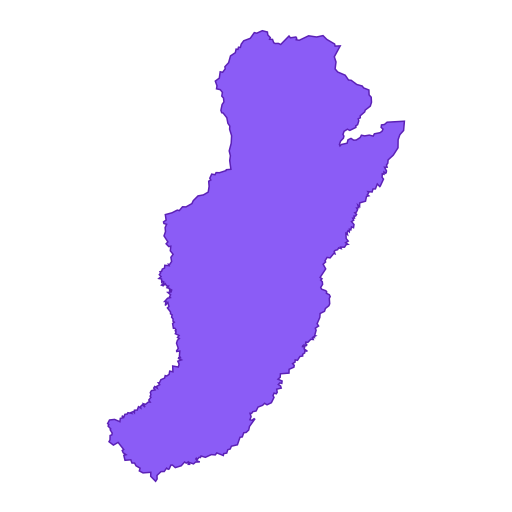 Poconé, Mato Grosso, Brazil (Albers equal-area conic projection)
{"feature_id": "56859067B2573756993823", "entity_name": "Poconé", "entity_type": "district", "adm_level": 2, "iso_a3": "BRA", "parent_name": "Brazil", "parent_adm1": "Mato Grosso", "projection": "albers", "projection_center": [-56.955, -16.831], "detail": "fine", "context": "isolated", "style": "filled", "palette": "violet", "viewbox_px": 512, "rotation_deg": 0, "n_neighbors": 0, "source": "geoboundaries", "source_scale": "gbopen_adm2", "svg_char_len": 6072}
<svg xmlns="http://www.w3.org/2000/svg" viewBox="0 0 512 512"><path d="M302.7,356.0L302.6,354.3L304.7,352.9L304.8,350.9L307.4,351.2L304.1,348.9L304.7,346.8L302.5,346.6L302.8,345.7L303.9,345.0L306.1,345.7L306.8,344.9L305.6,343.4L305.9,342.1L307.8,342.4L310.8,339.3L313.2,339.5L312.5,337.8L314.2,337.6L313.5,336.8L315.6,335.8L314.7,335.5L316.1,330.2L315.3,328.2L318.6,326.0L317.1,323.7L319.8,317.5L320.1,313.5L324.5,311.3L325.4,308.5L328.9,305.7L329.7,303.7L329.3,298.3L330.2,296.6L329.3,294.7L326.4,293.3L326.7,291.8L325.8,290.7L321.6,289.2L320.7,287.4L322.6,284.4L322.3,281.7L320.7,280.1L322.0,278.8L320.1,277.4L325.7,268.9L323.1,264.2L325.6,262.0L325.0,260.8L327.1,257.4L330.1,257.9L333.8,253.4L335.0,253.8L334.2,251.3L335.2,250.4L337.6,249.7L338.6,247.9L341.2,248.6L340.6,247.1L344.5,247.2L346.3,244.5L347.9,244.3L345.6,242.7L348.2,241.1L346.2,238.6L345.9,233.4L347.5,234.6L347.0,232.5L348.0,230.8L349.3,231.9L349.4,229.2L350.8,229.9L351.5,226.9L353.5,227.7L354.0,224.5L351.5,221.6L353.7,220.2L352.7,218.2L354.5,218.1L354.0,216.1L355.6,216.0L356.6,214.4L354.8,212.7L356.4,212.1L357.6,209.6L356.6,208.0L358.6,207.8L357.8,205.0L359.6,206.5L359.7,202.9L365.5,201.2L366.5,196.4L368.8,195.8L367.4,194.7L368.7,192.8L367.9,191.6L372.1,192.0L373.0,189.0L375.4,188.9L377.3,184.0L379.8,186.6L380.3,186.0L383.5,179.1L382.1,177.3L382.3,173.8L384.0,174.3L384.0,172.0L385.7,173.3L386.2,172.6L386.5,170.9L384.5,167.2L387.1,167.2L386.5,165.0L387.8,163.2L388.1,159.9L393.3,155.1L398.0,147.8L398.1,139.7L399.9,134.6L403.6,130.5L404.4,121.2L387.1,122.2L384.4,124.5L381.5,124.9L381.1,127.4L383.0,129.1L382.1,131.2L380.0,132.7L374.4,133.8L373.2,136.1L369.3,135.1L364.7,135.9L361.4,135.2L360.2,137.5L356.3,140.0L353.7,140.2L351.0,138.4L348.0,139.8L347.1,143.2L341.3,144.5L340.0,145.9L339.4,144.5L340.6,141.1L343.4,138.2L343.9,136.1L343.0,134.3L344.1,131.3L347.4,129.2L349.8,130.4L355.9,127.4L355.8,125.8L357.6,124.7L358.8,120.8L358.2,118.8L360.3,117.8L360.2,115.8L364.7,111.9L365.2,110.1L370.3,106.1L371.5,102.2L371.2,97.2L369.1,94.9L368.9,90.0L363.6,87.9L362.2,86.0L356.8,84.5L351.2,80.3L348.5,80.0L345.2,75.2L337.7,72.0L335.1,68.9L336.0,62.0L334.3,56.8L340.2,45.9L335.1,46.1L334.6,44.0L326.8,39.4L323.0,35.6L316.6,37.0L308.6,35.8L299.2,40.3L296.2,39.7L296.7,38.2L295.9,37.0L290.4,37.8L289.0,36.0L280.7,44.5L278.4,43.4L275.1,43.5L273.7,42.7L272.5,39.4L269.6,39.3L270.3,37.6L267.8,34.9L267.4,32.0L262.3,30.7L256.7,33.2L254.3,32.6L250.3,38.3L243.7,40.8L241.2,44.2L240.4,47.4L238.5,47.2L237.9,49.4L236.1,49.1L235.3,52.7L230.5,55.9L228.6,62.7L224.9,66.7L225.2,68.9L222.6,72.3L220.2,71.8L219.3,78.1L215.3,81.1L217.0,85.8L216.5,88.8L220.3,89.7L222.4,92.4L221.8,96.1L223.5,98.0L223.9,101.9L222.1,104.5L220.9,110.3L221.7,112.7L223.1,113.0L226.8,117.7L227.9,123.3L229.8,126.1L229.6,129.2L231.6,135.7L231.2,143.3L229.2,150.9L230.4,155.8L229.7,160.5L230.9,169.3L226.3,169.7L226.0,170.6L219.5,172.7L216.1,172.6L215.0,174.7L211.7,174.1L209.8,178.2L210.8,180.0L208.7,181.2L209.1,186.4L208.2,192.1L203.4,194.9L198.0,195.9L193.3,200.6L191.9,203.6L186.0,206.9L182.5,206.8L179.3,210.6L177.3,210.1L172.0,212.8L165.3,214.6L166.1,220.1L163.5,221.9L163.9,223.5L166.6,224.3L165.1,227.6L165.5,231.6L164.0,235.9L167.9,241.9L166.1,243.8L168.8,246.6L170.8,246.2L170.3,250.8L173.1,254.3L170.9,257.3L171.6,261.5L169.5,264.6L168.5,264.3L169.1,265.7L164.8,265.3L164.5,268.1L162.3,269.1L161.6,271.3L160.0,271.7L160.6,273.0L159.3,274.7L161.1,276.6L158.9,278.5L161.5,279.0L161.8,283.3L162.4,281.2L163.8,281.9L163.6,283.6L161.5,285.1L163.2,285.8L165.3,283.7L166.5,285.8L168.4,286.1L167.0,287.7L169.3,288.4L169.8,291.2L171.1,290.9L171.0,289.6L171.7,290.0L171.1,292.0L167.8,292.4L170.6,294.8L169.5,296.8L170.3,297.6L167.6,298.2L164.6,301.5L166.0,301.6L165.3,305.5L167.8,302.4L168.9,306.5L167.4,307.9L170.5,311.9L170.5,313.8L172.1,314.9L171.6,317.2L173.0,318.8L173.0,321.2L174.3,322.2L172.6,323.5L173.4,328.3L174.8,328.2L176.1,329.9L175.2,330.8L176.1,331.9L175.3,333.7L179.1,335.5L177.5,337.5L179.3,338.5L177.4,340.3L176.5,343.2L178.3,348.4L176.6,350.7L176.7,351.5L179.8,351.1L179.4,356.0L180.4,357.6L178.7,357.6L178.5,358.5L181.4,359.9L177.8,361.2L179.1,364.1L178.3,367.0L172.7,366.0L172.9,371.8L169.7,371.1L169.1,374.4L166.7,376.0L165.2,375.6L164.6,378.1L160.9,379.7L159.4,382.8L158.3,382.8L159.7,384.7L156.6,386.4L157.2,388.1L154.7,386.5L153.7,388.1L155.0,389.9L151.5,390.6L150.3,392.5L150.9,394.7L150.1,396.2L150.9,397.3L148.8,400.0L150.1,402.1L148.4,402.0L145.5,404.3L143.3,403.7L145.0,407.1L142.3,404.8L140.5,406.5L140.8,408.1L138.5,406.7L137.2,410.1L134.5,410.2L134.4,412.6L133.5,411.5L131.0,412.5L131.7,413.4L127.9,412.7L127.1,414.1L124.9,414.3L123.8,417.2L122.0,415.7L122.9,417.8L120.3,418.4L119.9,421.7L114.5,419.4L109.5,420.0L107.6,423.6L108.8,424.6L108.1,426.1L110.7,428.9L110.2,429.8L112.2,433.1L111.8,434.9L110.1,435.5L110.0,439.8L109.0,441.7L113.4,445.1L118.1,442.4L123.7,449.5L122.2,450.5L123.2,452.8L126.0,454.7L123.8,455.3L125.0,460.3L130.8,459.8L131.9,463.0L134.6,463.1L136.0,465.8L140.1,468.2L139.3,470.9L143.0,472.9L150.8,472.3L150.7,476.3L155.6,481.3L157.1,479.0L157.0,475.4L161.0,471.6L164.2,471.5L166.6,468.1L168.2,469.3L169.2,468.9L170.9,465.1L172.5,465.1L175.3,467.6L181.2,465.8L184.6,462.0L186.2,463.1L188.1,462.0L188.2,464.3L189.6,464.3L189.4,462.5L193.5,463.9L195.5,462.1L199.8,461.9L197.3,461.0L195.8,459.0L196.3,458.2L197.5,459.2L199.1,457.3L200.5,457.5L201.0,456.0L205.4,457.3L211.3,454.6L215.3,454.9L216.8,452.9L223.3,455.5L223.7,453.6L226.7,453.1L227.8,449.7L230.2,449.0L231.4,446.2L237.4,444.8L240.0,437.3L242.3,436.9L243.7,432.8L246.2,432.4L248.7,430.0L249.5,426.4L254.7,419.2L254.1,418.7L251.9,420.3L249.9,419.7L251.1,416.7L250.0,413.3L251.6,413.4L252.8,411.7L256.1,411.0L258.0,407.1L262.6,405.3L264.6,403.3L267.0,404.8L271.4,402.7L274.0,397.4L273.0,395.6L274.1,393.1L276.2,393.8L277.2,392.4L276.7,389.2L281.2,388.1L280.6,386.0L278.3,384.5L279.7,382.9L281.8,383.4L282.1,381.0L278.0,379.2L280.2,377.3L280.4,373.8L289.0,373.1L289.1,369.3L293.9,367.2L294.2,365.3L292.6,363.6L295.0,362.2L295.2,359.9L297.5,360.3L299.9,356.5L302.7,356.0Z" fill="#8b5cf6" stroke="#5b21b6" stroke-width="1.5"/></svg>